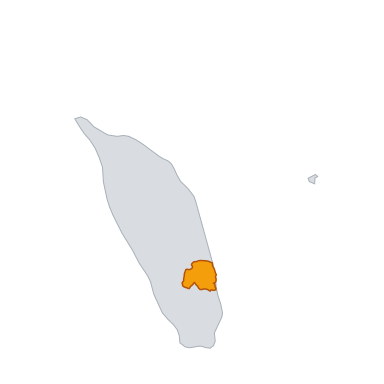 Miaoli highlighted on a map of Taiwan, rotated 140°
{"feature_id": "TWN-1165", "entity_name": "Miaoli", "entity_type": "County", "adm_level": 1, "iso_a3": "TWN", "parent_name": "Taiwan", "parent_adm1": "", "projection": "equal_earth", "projection_center": [120.946, 24.52], "detail": "fine", "context": "in_parent", "style": "filled", "palette": "amber", "viewbox_px": 384, "rotation_deg": 140, "n_neighbors": 0, "source": "natural_earth", "source_scale": "10m", "svg_char_len": 1951}
<svg xmlns="http://www.w3.org/2000/svg" viewBox="0 0 384 384"><g transform="rotate(140 192 192)"><path d="M244.6,268.6L241.0,277.9L238.1,287.6L236.9,296.8L237.0,306.4L236.1,315.0L234.7,323.5L229.0,321.0L225.9,314.9L225.2,304.9L221.0,292.9L219.5,289.4L213.5,282.7L208.1,279.3L203.9,274.4L204.5,274.8L201.4,268.1L199.1,260.9L194.3,240.7L192.6,235.8L190.4,231.4L189.7,227.0L190.5,222.1L192.6,214.8L193.9,207.4L192.9,197.4L193.3,187.5L194.9,183.1L222.5,122.8L229.9,110.0L234.5,103.8L238.4,96.7L242.0,87.7L246.5,79.6L249.6,77.0L265.4,69.7L270.2,62.7L274.2,60.5L278.6,60.7L281.5,64.0L284.1,68.0L286.8,70.1L293.7,74.0L296.8,77.7L298.2,84.2L294.0,90.3L291.9,95.8L291.5,101.9L292.3,110.2L292.4,118.5L287.1,137.9L281.4,150.1L279.9,156.1L278.2,171.2L274.9,186.3L272.1,205.4L267.4,225.2L264.8,233.5L261.5,241.4L253.6,256.3L244.6,268.6ZM92.8,119.4L95.4,124.6L94.3,127.9L86.2,126.1L85.8,123.0L88.8,123.6L92.8,119.4Z" fill="#d9dde1" stroke="#a8b0b8" stroke-width="1"/><path d="M222.0,124.6L223.6,122.4L224.0,121.3L224.2,119.5L224.7,118.0L226.0,115.2L226.4,113.5L226.7,112.8L228.2,112.3L228.6,111.7L228.9,111.0L229.2,110.3L230.1,109.1L231.1,108.2L232.4,107.8L234.0,108.2L233.8,106.7L234.4,105.7L235.2,104.7L235.6,103.1L235.8,102.6L236.6,102.2L236.7,101.8L238.2,102.5L239.1,103.2L239.7,104.2L240.7,104.7L241.7,104.4L241.8,104.4L242.8,107.3L243.6,108.6L244.9,109.8L247.6,111.3L248.5,112.2L248.7,113.6L248.6,114.7L248.4,115.6L248.2,116.5L248.4,117.3L248.6,118.3L248.4,119.6L248.2,120.9L249.1,121.2L250.8,120.6L252.3,120.5L253.3,120.7L256.1,119.8L257.2,120.9L257.5,122.1L258.3,122.9L259.3,125.0L259.4,126.4L258.6,127.1L258.2,128.6L257.1,129.1L255.9,129.1L255.0,129.9L254.0,131.1L252.7,132.0L250.1,134.5L248.6,135.3L246.6,136.5L245.4,136.0L244.3,134.5L243.0,133.8L240.8,133.6L239.5,134.5L239.3,136.5L238.2,137.2L235.5,137.4L232.9,135.6L231.5,135.3L229.8,134.3L226.5,131.3L225.1,129.8L224.0,128.5L222.0,124.6Z" fill="#f59e0b" stroke="#b45309" stroke-width="1.5"/></g></svg>